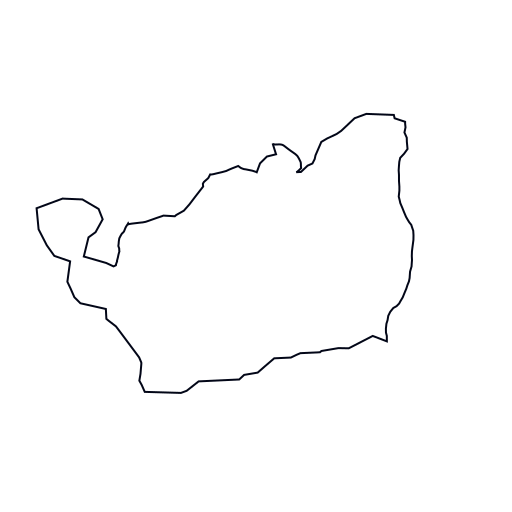 Isiala-Ngwa North, Abia, Nigeria (Mercator projection), rotated 157°
{"feature_id": "59680162B87049040782715", "entity_name": "Isiala-Ngwa North", "entity_type": "district", "adm_level": 2, "iso_a3": "NGA", "parent_name": "Nigeria", "parent_adm1": "Abia", "projection": "mercator", "projection_center": [7.407, 5.382], "detail": "fine", "context": "isolated", "style": "outline", "palette": "ink", "viewbox_px": 512, "rotation_deg": 157, "n_neighbors": 0, "source": "geoboundaries", "source_scale": "gbopen_adm2", "svg_char_len": 2772}
<svg xmlns="http://www.w3.org/2000/svg" viewBox="0 0 512 512"><g transform="rotate(157 256 256)"><path d="M168.9,126.3L168.2,128.0L166.8,131.3L166.3,134.7L164.8,138.4L162.4,142.7L160.0,145.5L157.6,149.3L154.2,152.2L149.9,154.5L146.2,154.9L142.8,156.3L141.2,157.6L137.1,160.6L133.3,164.4L130.4,167.2L128.0,170.0L125.1,172.9L123.2,175.7L120.3,181.4L116.9,185.6L115.4,188.6L114.0,191.3L112.6,195.1L110.6,199.4L108.7,202.7L104.8,209.3L102.9,213.6L101.4,217.8L101.1,221.9L100.9,224.0L101.8,227.3L102.3,230.8L102.6,233.5L102.6,237.3L102.6,238.5L102.5,243.0L102.5,248.3L101.9,251.6L101.4,254.9L98.5,260.1L98.2,260.8L97.1,263.4L97.0,263.6L96.4,265.3L95.1,269.1L92.7,274.8L91.2,279.1L89.3,282.9L87.3,286.7L84.9,290.0L79.7,292.3L74.7,295.3L72.5,302.2L71.0,306.0L71.1,311.7L68.1,316.0L67.1,319.3L66.3,321.3L74.6,328.6L74.0,332.0L98.9,343.7L111.4,344.3L128.7,337.9L134.1,336.8L144.5,336.4L149.8,335.7L151.3,335.5L161.9,325.4L164.1,322.3L167.9,319.1L173.2,319.0L181.8,315.8L183.4,316.4L186.2,317.4L185.3,317.4L183.1,318.1L180.1,319.3L179.7,320.7L178.8,323.0L178.4,324.1L178.2,325.2L178.4,328.9L178.7,331.1L178.9,332.1L179.3,333.0L180.0,334.5L181.6,337.1L182.8,339.0L184.7,342.2L186.6,345.6L187.5,347.1L188.4,348.1L189.2,348.7L190.4,349.4L192.4,350.2L194.5,351.0L195.7,351.7L196.3,352.2L196.8,352.2L197.3,347.1L197.8,341.8L207.1,343.3L216.1,339.7L222.6,332.8L222.9,333.2L226.1,336.0L231.5,339.7L233.3,340.8L234.8,342.2L235.7,343.2L237.2,345.8L243.7,346.0L247.2,346.0L250.2,345.9L254.6,346.5L260.3,347.5L263.4,348.0L265.4,348.5L266.3,349.0L269.3,346.5L270.2,346.1L273.6,345.0L275.0,344.5L276.0,343.8L276.7,343.2L277.5,340.6L288.8,334.3L297.0,329.6L304.7,325.9L311.7,325.1L313.4,324.9L315.2,324.3L324.9,329.1L325.3,329.3L326.1,329.4L326.9,329.4L332.0,329.8L341.8,330.4L344.3,330.6L347.1,331.2L349.7,332.0L357.6,334.3L360.4,335.0L360.8,335.0L360.9,336.0L361.4,335.6L363.3,334.4L364.9,333.2L367.9,330.2L369.0,329.6L370.7,329.0L372.5,327.7L374.9,325.7L376.5,323.2L377.7,320.9L378.8,319.0L379.0,316.4L379.8,314.3L379.9,313.7L381.2,312.1L382.2,310.8L383.8,308.5L385.9,305.8L386.0,305.3L387.3,304.0L388.2,302.9L388.6,302.2L391.2,302.1L396.6,308.1L414.7,322.8L402.9,338.6L394.4,340.6L382.8,349.7L382.5,360.8L393.7,375.9L410.8,384.0L411.4,384.4L439.3,385.7L445.7,365.5L444.4,347.6L441.6,334.9L429.2,323.7L439.7,306.0L439.4,298.5L439.3,289.0L436.1,281.1L414.9,265.9L418.3,256.6L417.0,254.1L412.4,245.9L410.5,238.3L404.2,212.5L403.2,208.3L403.2,202.8L403.6,201.7L408.4,192.6L412.1,186.8L411.6,182.0L411.5,174.4L378.6,159.3L372.5,159.0L357.8,163.0L319.7,148.9L313.4,151.2L300.0,148.0L291.2,150.9L279.2,154.7L263.6,148.9L257.0,149.2L253.1,149.2L237.5,143.4L234.7,142.4L232.9,143.0L216.1,139.0L206.7,134.8L179.8,136.8L177.9,135.0L168.9,126.3Z" fill="none" stroke="#020617" stroke-width="2"/></g></svg>